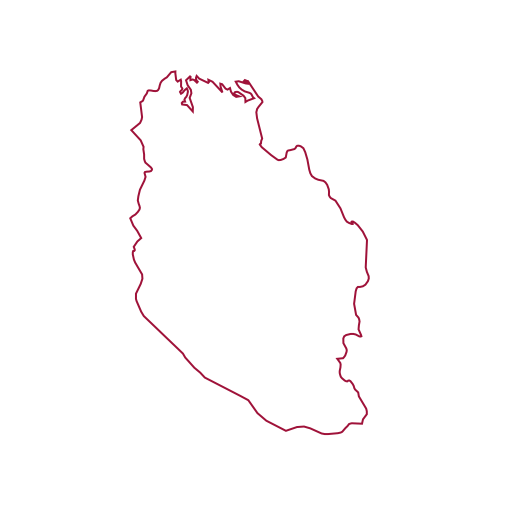 SVG path tracing the border of Telemark, rotated 222°
{"feature_id": "NOR-922", "entity_name": "Telemark", "entity_type": "County", "adm_level": 1, "iso_a3": "NOR", "parent_name": "Norway", "parent_adm1": "", "projection": "natural_earth1", "projection_center": [8.804, 59.491], "detail": "fine", "context": "isolated", "style": "outline", "palette": "rose", "viewbox_px": 512, "rotation_deg": 222, "n_neighbors": 0, "source": "natural_earth", "source_scale": "10m", "svg_char_len": 4056}
<svg xmlns="http://www.w3.org/2000/svg" viewBox="0 0 512 512"><g transform="rotate(222 256 256)"><path d="M439.4,339.2L438.3,337.9L433.1,333.4L430.9,333.2L429.9,336.7L428.6,335.8L425.2,331.9L424.5,331.6L423.5,331.4L422.7,331.1L422.3,330.1L422.4,327.6L422.3,327.1L420.3,326.4L419.8,328.3L420.0,331.4L419.6,334.3L417.6,333.4L416.5,332.5L414.8,329.5L414.3,327.7L414.3,325.9L413.8,324.3L412.0,323.3L413.6,321.7L413.5,320.0L412.3,319.2L408.2,322.0L399.7,321.1L402.5,324.4L411.1,329.1L412.9,333.7L415.6,335.9L421.1,337.2L425.6,339.8L425.2,345.3L424.4,345.3L424.0,344.5L423.1,343.6L422.4,342.8L421.3,344.7L419.8,345.4L415.9,345.3L415.9,346.5L417.5,346.7L418.9,347.3L419.9,348.4L420.6,350.1L416.9,349.8L407.4,352.6L407.4,353.8L408.0,354.0L409.3,355.1L404.9,356.4L390.4,355.1L395.7,358.2L397.8,360.2L396.1,361.0L390.6,360.0L388.5,360.6L387.7,363.4L384.6,361.4L380.7,360.4L377.2,361.0L375.3,363.4L378.2,362.3L380.0,362.0L381.1,362.2L381.3,363.5L380.6,364.7L379.6,365.6L378.7,366.0L372.5,366.8L369.6,366.2L366.9,363.4L366.2,365.8L363.0,372.0L364.7,372.0L367.5,373.1L368.8,373.2L370.2,372.8L374.5,370.8L378.0,370.1L381.2,370.1L384.4,370.8L387.7,372.0L385.8,374.3L379.2,377.3L376.3,379.3L379.2,378.9L382.0,377.9L382.0,379.3L379.8,380.1L379.0,380.6L361.1,376.0L356.9,376.1L355.1,375.4L354.2,374.7L353.9,368.6L353.5,365.8L352.8,364.7L352.0,363.1L347.4,359.1L330.0,347.4L329.2,345.1L327.6,342.9L327.8,342.5L327.9,342.3L327.9,341.9L327.8,341.4L324.6,340.7L312.2,341.1L304.7,341.9L303.7,342.2L303.5,342.3L303.3,342.4L301.9,343.9L300.5,346.5L299.8,349.1L302.4,353.4L302.9,354.9L302.7,355.9L301.3,357.7L299.0,361.2L298.9,362.0L298.9,363.1L299.3,364.2L299.2,365.3L298.5,366.2L297.3,367.0L296.0,367.5L292.9,367.8L288.9,366.1L282.4,362.1L274.2,355.8L270.9,353.8L267.9,352.8L263.9,353.2L260.8,354.3L256.1,357.0L253.7,357.2L250.7,356.5L246.6,354.3L244.7,352.6L242.6,350.1L241.0,349.4L239.2,349.1L234.0,350.3L225.1,347.9L216.5,343.7L214.0,342.8L211.5,342.3L209.0,342.8L206.2,343.9L205.6,344.5L205.9,344.8L206.9,344.8L207.5,344.9L207.9,345.3L207.8,345.8L207.0,346.5L204.7,346.9L201.0,347.0L193.0,345.6L184.5,342.3L184.0,341.9L166.8,320.9L163.0,318.4L158.8,316.4L157.1,314.7L156.0,312.2L155.5,307.9L156.3,305.0L158.0,302.6L159.6,301.2L159.6,299.3L158.3,296.5L151.1,286.1L142.2,279.2L138.6,278.8L137.0,278.0L135.2,276.6L133.2,273.4L130.7,270.1L125.1,267.6L124.0,266.9L124.3,266.2L125.4,265.4L129.4,264.4L131.7,263.1L133.6,261.3L136.1,257.6L136.7,255.3L135.9,253.1L132.7,249.7L127.0,247.7L125.6,246.8L124.6,245.4L123.1,241.7L122.9,239.6L122.9,238.3L126.8,234.0L121.8,232.9L120.5,232.0L118.7,229.7L117.0,226.8L116.3,225.9L115.4,225.0L114.1,224.1L112.2,223.0L110.4,222.7L106.7,222.8L105.1,223.3L104.2,224.0L104.1,225.1L103.4,225.9L102.1,226.2L98.6,225.6L96.6,224.9L94.3,223.5L93.0,223.1L88.8,223.0L85.6,220.5L72.0,216.3L69.8,214.8L67.8,212.6L67.2,206.2L65.0,202.3L72.9,195.8L73.6,194.8L74.4,193.4L74.2,190.8L74.4,188.0L74.3,183.1L74.9,181.5L76.6,179.1L83.1,172.1L85.7,169.7L88.5,168.0L100.4,164.2L106.2,161.4L111.1,156.3L116.8,146.1L138.1,140.5L149.8,140.2L165.2,143.7L174.2,141.5L212.7,131.4L219.4,132.0L227.0,131.7L240.7,133.2L245.0,134.6L299.2,136.3L304.1,137.8L314.6,142.6L316.5,143.8L320.0,147.7L323.0,158.1L325.2,163.1L328.3,166.1L341.5,170.3L344.4,171.7L348.7,174.8L350.1,176.4L350.6,177.6L349.9,178.3L350.0,179.2L350.6,179.8L353.0,181.0L353.9,187.4L353.3,192.5L361.1,195.2L367.5,196.5L374.7,199.9L374.4,202.8L373.4,206.1L373.3,209.7L373.7,212.6L374.5,214.1L376.0,215.2L378.1,216.3L381.0,218.2L383.4,221.7L386.6,227.6L389.4,237.3L391.0,240.9L394.4,243.1L394.7,244.1L393.7,245.5L391.9,247.3L390.9,248.8L391.0,250.3L391.4,251.0L393.1,251.5L400.7,251.4L402.2,252.1L404.1,253.3L407.1,256.6L411.2,260.0L412.6,261.9L419.1,264.8L432.9,266.1L431.2,277.3L432.3,280.8L433.6,283.0L444.8,292.7L444.0,295.2L444.0,296.0L445.5,299.8L445.9,303.7L447.0,306.3L446.6,307.2L445.0,308.6L442.8,309.9L441.1,311.2L440.0,312.6L439.8,313.8L440.2,315.7L441.7,318.4L442.8,320.9L443.1,323.3L442.5,326.8L441.8,329.1L442.0,335.9L439.4,339.2L439.4,339.2Z" fill="none" stroke="#9f1239" stroke-width="2"/></g></svg>